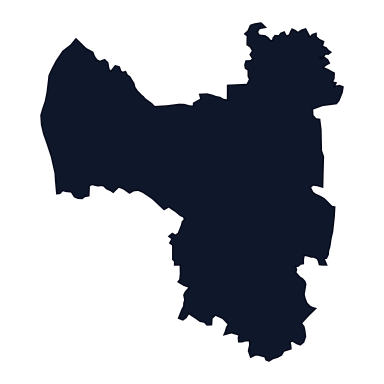 the district of Marechal Cândido Rondon, Paraná, Brazil
{"feature_id": "56859067B82748474938572", "entity_name": "Marechal Cândido Rondon", "entity_type": "district", "adm_level": 2, "iso_a3": "BRA", "parent_name": "Brazil", "parent_adm1": "Paraná", "projection": "orthographic", "projection_center": [-54.123, -24.589], "detail": "fine", "context": "isolated", "style": "filled", "palette": "ink", "viewbox_px": 384, "rotation_deg": 0, "n_neighbors": 0, "source": "geoboundaries", "source_scale": "gbopen_adm2", "svg_char_len": 3663}
<svg xmlns="http://www.w3.org/2000/svg" viewBox="0 0 384 384"><path d="M248.5,350.9L250.7,357.2L255.1,355.0L257.8,354.9L265.0,356.8L266.1,359.9L269.0,361.0L272.9,358.5L277.1,357.3L281.4,355.1L283.7,351.1L286.9,350.1L290.9,348.8L290.7,345.7L289.9,342.2L292.4,340.9L296.9,343.6L300.3,344.8L303.6,342.1L305.5,336.6L304.7,330.5L303.9,326.8L301.3,323.2L308.7,315.2L315.6,308.5L312.2,307.6L309.6,306.1L306.8,303.1L305.0,298.6L304.0,294.4L304.9,289.0L305.7,284.1L304.7,281.3L302.2,278.6L299.8,277.2L295.6,272.4L296.5,269.8L295.5,266.5L298.2,266.1L300.4,264.1L303.3,263.6L303.3,259.1L304.2,255.2L307.5,255.8L311.3,257.0L313.9,257.0L317.1,258.5L318.4,260.7L319.4,264.6L322.3,264.9L326.6,264.9L325.1,261.4L323.8,258.8L326.4,258.2L328.2,254.5L328.5,250.5L329.7,246.6L330.2,243.4L330.9,238.6L332.5,231.7L334.1,217.0L334.7,207.0L331.8,206.5L324.4,199.0L321.9,197.4L318.5,195.7L315.2,194.2L312.7,192.3L310.2,187.3L312.9,185.0L316.8,185.4L319.3,186.1L322.6,187.1L322.9,173.4L323.4,156.6L321.3,150.6L320.9,129.8L319.6,119.4L315.8,118.9L312.8,115.4L312.4,109.1L322.4,105.4L336.3,103.6L338.8,100.6L342.1,92.4L343.0,86.9L339.6,85.6L334.2,86.5L336.1,82.9L332.2,82.0L333.9,78.7L334.2,73.1L330.7,71.3L328.0,69.7L323.0,67.6L325.4,65.3L329.3,63.1L327.5,59.7L323.4,56.7L325.4,53.9L328.2,54.2L330.8,52.2L328.0,50.2L326.1,47.8L322.3,46.3L323.6,41.6L319.3,39.6L316.2,37.0L316.0,33.4L312.2,34.7L310.2,37.4L308.2,33.9L305.6,28.9L301.5,30.2L298.0,32.6L294.9,30.4L292.1,29.1L290.7,31.7L289.4,34.9L286.3,36.3L284.2,32.0L280.8,33.3L279.1,35.9L275.0,35.6L273.1,38.1L272.7,40.9L270.0,40.3L268.0,37.8L265.1,35.9L259.1,35.2L257.3,32.0L259.3,28.5L265.5,27.3L261.0,23.0L254.3,24.1L250.5,25.4L248.1,30.9L244.8,33.9L247.4,35.9L247.1,44.7L250.2,46.7L252.7,50.8L250.2,54.6L252.9,58.9L250.5,60.8L246.0,61.0L244.9,65.1L245.5,68.3L248.2,69.9L248.3,76.4L249.7,79.3L247.1,84.5L227.6,85.4L227.6,91.6L227.5,100.3L223.2,99.4L220.0,97.5L215.8,96.7L212.7,95.5L207.3,94.1L204.0,94.2L199.7,94.4L201.0,99.1L193.6,103.2L193.6,106.1L190.1,106.2L184.3,104.6L179.4,104.4L166.7,106.0L154.5,106.7L151.6,103.7L148.3,101.3L145.1,99.0L143.2,96.8L141.2,95.1L137.2,91.0L134.7,87.3L133.8,83.4L131.7,80.1L129.7,76.8L127.1,75.0L125.5,71.6L122.4,72.5L120.5,70.7L119.3,67.0L115.3,65.8L112.8,69.0L110.6,71.7L108.8,69.1L107.7,62.7L104.6,59.7L99.9,61.5L96.8,60.0L94.3,56.4L92.8,52.3L85.9,48.6L76.0,38.9L70.8,45.2L66.1,48.8L62.9,51.3L56.5,60.8L53.0,67.4L51.8,69.8L49.2,75.4L48.4,82.5L47.2,92.5L45.4,101.4L43.6,106.7L42.6,109.8L41.0,115.3L41.6,124.7L43.8,134.0L47.0,143.0L51.5,156.7L55.2,173.2L55.6,180.0L56.8,193.7L59.8,193.4L62.7,190.4L65.8,191.3L71.4,191.9L74.5,196.8L77.9,198.2L82.1,198.5L84.6,196.5L88.8,195.7L89.2,185.8L92.0,184.4L97.9,185.8L100.8,185.4L103.6,185.7L106.5,188.6L111.0,190.7L113.2,192.3L115.7,189.7L118.8,186.9L123.6,188.8L129.5,193.0L133.7,190.6L138.2,190.2L142.8,192.1L148.4,195.8L152.5,198.6L164.1,209.5L168.8,206.7L171.6,208.8L175.9,211.6L180.3,215.4L183.5,216.8L184.6,219.2L182.3,222.0L181.6,225.2L178.4,233.3L175.3,235.4L172.3,233.5L168.9,236.4L172.2,238.7L169.8,243.0L172.8,245.1L172.8,259.5L174.7,261.3L174.6,265.0L180.3,264.9L180.5,273.9L179.9,279.7L178.1,281.8L180.4,283.2L183.8,285.2L189.6,287.3L187.5,289.6L185.4,292.0L183.9,295.0L184.9,300.1L184.0,302.7L183.8,306.2L181.9,309.8L178.6,318.2L182.9,319.9L185.9,317.7L188.7,313.4L191.9,315.6L195.3,317.8L200.0,321.2L204.6,322.2L206.9,324.9L211.5,324.7L211.9,318.3L215.4,315.0L222.9,318.4L228.4,324.2L226.6,327.6L225.4,331.7L224.1,334.7L228.4,333.5L231.5,332.7L239.2,335.0L238.4,337.6L238.7,341.8L241.8,341.8L245.5,340.7L249.5,340.7L249.8,344.9L248.5,350.9ZM323.4,56.7L321.7,59.4L320.0,57.5L323.4,56.7Z" fill="#0f172a" stroke="#020617" stroke-width="1.5"/></svg>